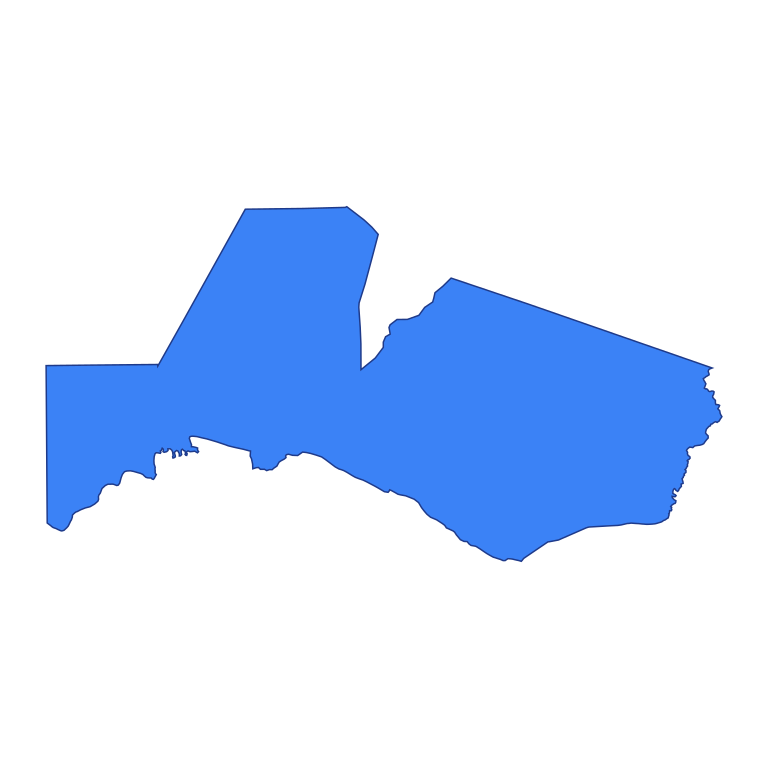 Rukh Kiri, Batdâmbâng, Cambodia
{"feature_id": "14789045B86646715992197", "entity_name": "Rukh Kiri", "entity_type": "district", "adm_level": 2, "iso_a3": "KHM", "parent_name": "Cambodia", "parent_adm1": "Batdâmbâng", "projection": "natural_earth1", "projection_center": [103.457, 12.595], "detail": "fine", "context": "isolated", "style": "filled", "palette": "blue", "viewbox_px": 768, "rotation_deg": 0, "n_neighbors": 0, "source": "geoboundaries", "source_scale": "gbopen_adm2", "svg_char_len": 5627}
<svg xmlns="http://www.w3.org/2000/svg" viewBox="0 0 768 768"><path d="M157.6,364.5L102.9,365.0L91.6,365.1L46.1,365.6L47.2,523.0L48.9,524.3L49.8,525.0L50.6,525.5L51.5,526.4L53.1,527.5L54.4,528.0L56.2,528.6L57.5,529.3L59.3,530.1L60.2,530.5L61.3,530.9L62.4,530.8L64.0,530.3L65.3,529.1L66.8,527.7L68.2,526.1L69.1,524.3L70.6,521.1L71.4,519.9L71.9,518.4L72.3,517.2L72.5,515.0L73.7,513.8L74.7,512.9L75.9,512.0L77.4,511.5L80.6,509.8L85.4,507.9L90.1,506.7L94.7,504.0L97.9,501.2L98.6,499.3L98.4,496.7L98.9,495.0L100.3,493.1L102.0,488.5L105.2,485.6L107.3,484.5L108.1,484.2L110.2,484.2L112.2,484.1L113.6,484.3L116.8,485.5L118.3,485.1L119.7,483.1L121.1,477.8L122.4,474.4L124.5,471.7L126.8,471.0L130.3,470.8L133.5,471.4L138.0,472.7L140.6,473.4L142.9,474.5L144.3,475.9L145.9,477.3L147.5,477.8L150.2,478.0L151.2,478.0L152.2,479.1L153.4,479.4L154.3,478.3L154.9,477.1L156.3,474.6L155.6,473.8L155.1,472.6L155.2,470.9L155.0,468.8L155.2,467.3L154.1,464.0L153.9,460.6L154.2,456.7L155.0,453.8L156.2,452.7L158.1,452.9L160.3,453.3L160.9,452.3L160.3,451.0L161.2,450.5L161.7,449.4L162.2,448.2L163.2,449.1L163.4,450.2L163.0,451.6L164.1,452.3L166.6,451.7L168.0,450.5L167.9,448.8L170.2,448.8L171.8,450.2L172.6,451.9L173.1,455.6L172.6,456.7L172.9,458.0L173.8,457.9L175.3,456.9L175.3,455.7L174.3,452.5L176.5,450.5L177.8,450.9L178.6,452.3L179.3,453.7L179.3,456.0L180.6,455.8L181.7,454.5L181.2,452.8L181.2,450.8L181.5,449.8L182.4,449.2L183.8,450.6L184.8,450.8L185.7,453.4L185.0,454.2L185.8,455.3L186.7,455.4L187.2,453.8L186.5,452.9L186.8,451.6L187.6,451.1L188.6,451.0L189.3,451.5L190.2,451.7L192.4,451.5L194.7,451.2L197.5,452.8L198.6,451.6L197.9,450.7L197.5,449.6L197.6,448.0L196.3,447.5L194.6,447.1L193.3,446.8L191.4,446.7L191.5,444.7L190.6,442.4L189.8,439.9L189.3,438.5L189.8,436.8L191.1,436.3L192.8,436.2L195.0,436.4L197.0,436.6L201.8,437.8L206.8,438.9L211.9,440.4L217.3,442.0L221.4,443.4L225.3,444.7L228.2,445.8L234.3,447.3L238.0,448.1L243.5,449.3L249.1,450.8L250.5,451.0L250.2,456.1L251.5,458.8L252.6,464.1L252.8,468.8L256.2,467.7L258.5,467.5L260.4,469.3L264.5,469.3L266.7,470.6L269.5,469.6L272.1,469.7L273.9,468.1L276.9,466.1L277.8,464.4L279.1,462.1L281.0,460.8L284.2,459.1L286.0,457.6L285.6,455.9L286.4,454.7L288.5,454.2L292.5,455.3L297.7,455.5L302.6,452.1L306.3,452.5L310.5,453.4L315.9,455.0L321.6,456.9L325.4,459.5L329.4,462.5L335.2,466.9L339.0,469.0L341.4,469.7L343.8,470.6L347.1,472.4L352.3,475.6L355.3,477.3L359.5,478.9L363.1,480.1L367.2,482.1L370.2,483.7L374.6,486.0L378.0,487.9L384.4,491.7L388.1,492.3L389.1,491.1L389.7,489.8L391.7,490.7L395.0,492.5L397.9,494.2L400.7,494.9L405.7,495.8L409.5,497.3L414.2,499.2L418.6,502.6L421.6,507.7L424.3,511.2L426.9,514.2L430.5,517.2L436.6,519.8L442.3,523.5L444.7,525.3L446.4,527.9L448.7,528.9L453.0,530.9L454.6,532.1L456.4,534.9L460.4,539.7L464.0,541.4L467.2,541.6L468.9,543.8L471.0,545.4L475.4,546.2L476.4,546.6L477.8,547.5L480.0,548.9L483.5,551.3L486.6,553.4L489.5,555.1L493.3,557.2L494.8,557.6L497.5,558.5L500.4,559.4L503.1,560.6L505.1,560.6L506.7,559.5L507.9,558.7L510.1,558.8L512.5,559.1L514.5,559.6L516.7,560.1L519.0,560.6L521.3,561.3L522.2,560.3L523.6,558.5L524.4,557.9L526.0,556.8L547.9,541.9L549.5,541.7L556.4,540.4L558.5,540.0L561.4,538.7L586.1,527.9L588.2,527.2L589.4,527.0L609.9,525.8L617.9,525.4L621.3,524.9L627.2,523.5L629.1,523.4L631.1,523.1L634.8,523.4L636.5,523.5L638.6,523.6L640.5,523.8L642.2,524.0L644.1,524.1L646.1,524.3L648.2,524.3L652.0,524.1L655.0,523.8L656.7,523.4L658.3,522.9L661.0,522.1L662.4,521.4L663.5,520.5L665.2,519.9L666.8,518.7L668.2,517.9L668.6,516.3L669.1,514.8L668.7,513.8L669.4,513.1L669.6,510.7L671.2,510.8L671.8,509.8L671.3,508.7L671.7,507.3L670.7,506.6L671.6,505.3L672.8,504.5L673.9,503.7L675.1,503.4L675.7,502.4L675.9,500.7L674.2,499.8L672.3,497.7L672.1,496.3L674.2,496.7L675.2,496.7L676.1,495.7L675.5,494.9L672.9,493.5L672.9,491.3L673.3,489.9L674.3,488.6L675.2,489.1L676.0,490.4L677.7,491.4L678.7,490.3L679.0,489.2L680.1,487.8L681.4,486.4L681.1,484.1L682.2,483.7L683.1,483.4L683.0,482.0L682.4,479.9L682.1,478.6L683.2,477.5L683.4,476.4L684.5,475.1L684.0,474.1L685.0,473.1L685.9,472.5L686.0,470.7L685.0,469.6L686.0,468.7L686.8,467.0L687.6,466.0L687.3,464.9L687.9,463.3L688.1,461.4L687.2,460.8L687.9,459.9L688.9,459.5L690.1,458.1L689.8,456.6L688.1,455.5L687.4,453.8L687.6,452.3L686.5,450.5L687.0,449.5L688.1,448.3L689.7,447.1L691.3,447.3L692.8,447.6L694.6,446.0L695.9,445.7L697.9,445.4L699.8,445.2L702.2,444.5L703.7,443.7L705.2,441.5L706.7,439.6L708.2,438.0L708.1,435.8L707.1,434.9L706.4,434.1L705.6,433.1L705.7,431.7L706.4,429.2L707.1,428.4L708.9,426.4L710.4,425.8L710.7,424.3L712.4,423.8L713.2,423.0L714.4,422.2L715.7,421.7L717.1,422.4L718.4,421.5L719.2,421.0L720.3,419.0L721.4,417.5L721.9,416.6L721.0,415.2L720.2,413.5L719.7,410.7L717.8,408.8L719.1,406.7L719.6,405.4L718.5,404.8L717.2,404.6L715.9,404.5L715.4,403.0L715.4,400.3L714.1,399.1L713.4,398.1L712.7,397.6L712.7,395.8L713.6,394.5L714.1,391.9L713.3,391.2L711.8,391.0L709.8,391.6L708.6,391.1L707.9,389.9L706.8,388.9L705.5,388.9L704.3,388.1L704.9,386.6L705.9,383.8L705.2,382.6L704.7,381.5L703.9,380.4L703.3,378.6L705.2,377.4L706.0,376.6L707.1,376.1L709.1,374.8L709.0,373.7L708.5,372.4L708.2,371.2L708.8,369.6L709.6,369.0L712.2,368.0L527.4,303.8L451.1,278.1L443.0,286.1L435.0,292.7L433.8,298.0L432.7,302.0L424.7,307.4L418.9,315.3L407.4,319.4L397.0,319.5L390.1,324.8L389.0,327.5L390.2,334.1L385.6,336.7L383.3,342.1L383.3,347.4L375.3,358.0L361.0,369.7L360.9,343.9L360.2,327.5L358.8,307.2L359.1,302.9L365.0,284.1L372.1,257.6L378.2,234.4L371.9,227.2L364.1,220.0L346.8,206.7L345.2,207.4L303.5,208.5L245.3,209.2L214.9,263.9L180.4,325.9L157.8,366.1L157.6,364.5Z" fill="#3b82f6" stroke="#1e3a8a" stroke-width="1.5"/></svg>